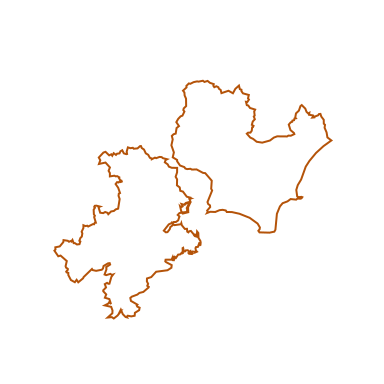 the district of Dytikis Elladas, Dytiki Ellada, Greece, rotated 256°
{"feature_id": "26713481B45081925310995", "entity_name": "Dytikis Elladas", "entity_type": "district", "adm_level": 2, "iso_a3": "GRC", "parent_name": "Greece", "parent_adm1": "Dytiki Ellada", "projection": "albers", "projection_center": [21.426, 38.276], "detail": "fine", "context": "isolated", "style": "outline", "palette": "amber", "viewbox_px": 384, "rotation_deg": 256, "n_neighbors": 0, "source": "geoboundaries", "source_scale": "gbopen_adm2", "svg_char_len": 6039}
<svg xmlns="http://www.w3.org/2000/svg" viewBox="0 0 384 384"><g transform="rotate(256 192 192)"><path d="M298.1,215.2L296.3,212.2L294.8,212.0L292.5,207.8L290.4,208.7L287.4,208.2L284.0,208.8L276.8,207.1L275.1,204.2L273.6,203.4L271.9,204.1L268.4,201.2L268.2,199.3L266.3,196.3L263.6,193.7L259.1,195.3L257.8,192.5L252.6,190.3L252.5,188.1L251.3,186.0L247.7,186.0L242.3,183.3L234.8,184.0L230.3,181.7L226.7,185.3L225.4,185.0L220.6,186.8L218.0,190.6L216.4,191.2L215.4,192.8L214.9,196.1L213.8,197.3L212.8,201.9L207.9,207.3L207.1,209.4L198.2,213.9L190.5,211.4L188.6,211.9L178.5,204.6L176.4,204.8L174.7,206.2L173.0,206.0L170.3,202.2L169.0,202.5L168.0,201.5L168.4,204.9L167.0,209.7L167.7,214.3L167.3,217.4L165.9,220.3L164.2,220.9L162.9,225.8L159.4,232.8L153.0,241.7L145.5,248.0L141.2,249.3L139.5,248.6L138.3,247.0L136.5,247.7L133.8,257.4L133.6,262.3L135.2,263.8L150.3,269.1L156.7,273.8L159.2,277.2L159.8,282.4L161.3,286.0L159.4,291.2L160.1,292.7L159.2,295.9L159.8,297.3L160.3,297.8L160.8,297.1L161.2,294.1L162.3,293.0L168.8,293.7L173.1,296.3L177.7,300.9L189.1,308.5L193.8,313.5L199.9,321.8L204.7,330.7L208.3,339.7L212.2,336.6L217.3,337.0L222.3,336.2L225.0,337.3L226.4,336.4L230.2,337.3L233.9,335.7L236.7,335.5L236.9,334.1L235.9,332.9L235.5,329.2L234.8,328.9L235.1,326.8L236.3,328.2L237.0,328.0L238.6,324.3L240.4,325.0L240.0,323.8L242.1,322.5L245.5,322.1L249.8,319.5L249.1,318.0L245.1,315.4L243.1,311.9L239.3,310.2L238.4,310.6L238.5,309.2L237.0,308.4L237.0,306.7L235.9,306.2L235.7,304.6L234.0,302.2L228.3,302.5L224.6,305.2L223.4,305.3L222.7,301.5L223.4,299.2L222.9,297.7L225.4,288.1L225.0,284.6L223.1,280.1L222.9,272.1L225.1,266.9L228.8,264.1L230.7,261.7L235.3,259.3L236.0,260.7L235.5,263.1L237.0,264.8L240.2,266.0L240.2,266.8L241.3,267.7L242.7,266.3L245.7,268.0L247.4,270.6L250.3,270.2L251.0,271.3L255.0,271.8L256.7,273.2L259.5,268.6L262.3,267.5L263.0,266.2L266.5,266.2L266.0,267.5L267.9,269.6L269.3,269.0L272.4,270.6L275.4,265.3L277.8,264.4L279.3,264.7L280.2,263.3L283.9,263.3L281.6,259.0L277.9,255.6L281.4,251.9L280.8,244.5L284.1,244.5L285.7,243.1L287.3,242.9L288.7,241.2L288.3,239.0L289.9,238.4L291.4,239.2L293.6,235.8L296.0,234.0L295.8,230.7L297.3,229.5L297.5,225.0L298.1,223.7L298.2,220.1L297.4,216.5L298.1,215.2ZM134.6,65.4L135.7,66.3L141.5,76.3L140.3,76.7L138.7,79.9L138.4,85.7L139.3,87.1L141.6,88.3L143.1,93.3L142.9,94.9L141.4,95.0L139.9,90.6L137.7,90.3L133.1,87.2L132.1,88.6L132.3,93.0L130.9,94.2L131.0,95.5L129.1,93.2L123.0,89.7L123.2,88.6L124.4,87.6L123.7,85.1L120.2,85.5L118.1,82.1L117.1,81.9L113.4,84.0L110.5,81.9L108.1,85.9L102.8,86.3L105.3,85.2L104.0,83.8L103.1,79.9L100.1,85.8L96.3,86.2L93.6,85.4L90.6,79.8L90.0,83.9L88.2,85.5L90.1,89.8L92.9,93.5L93.4,94.0L93.1,92.8L95.1,94.5L90.2,95.3L86.8,97.3L86.1,98.6L86.7,98.4L87.5,99.7L86.0,103.0L85.8,106.4L88.6,107.4L90.1,112.1L92.4,113.2L94.0,111.2L95.2,110.9L95.9,111.8L101.1,106.4L104.1,106.5L105.0,108.2L105.7,114.2L106.8,116.5L106.8,120.6L109.9,126.8L110.4,127.1L111.8,125.9L113.5,127.2L116.2,126.6L119.0,127.4L119.3,131.9L123.3,137.9L122.0,149.3L123.5,153.7L126.0,154.6L130.2,149.9L131.1,149.3L132.7,150.0L131.3,155.8L133.1,157.2L130.5,156.9L130.2,157.9L131.7,158.7L131.0,159.6L133.5,158.4L133.5,159.5L132.0,160.6L134.6,163.4L134.3,165.4L135.6,167.4L134.8,167.6L134.9,168.3L139.8,169.3L140.0,169.9L139.2,169.9L136.1,169.1L136.1,171.0L136.9,171.5L136.5,173.8L134.6,175.1L135.1,176.3L133.8,176.4L133.5,173.9L132.8,174.2L131.8,177.0L132.1,177.6L133.0,176.6L134.1,178.2L133.4,179.9L132.5,180.1L132.9,182.4L134.3,181.6L136.7,181.8L137.6,182.6L137.3,184.4L140.7,186.7L140.2,187.8L138.7,187.2L138.3,186.1L138.6,187.4L140.9,188.2L142.4,188.3L146.0,187.2L150.7,188.2L152.4,187.4L147.5,185.8L148.5,184.1L149.3,183.7L149.8,185.0L150.5,183.4L154.5,181.5L154.6,179.9L153.7,178.7L154.7,177.8L157.5,178.2L157.9,176.1L162.2,174.1L164.3,174.1L163.4,173.5L164.1,167.0L166.2,165.5L164.5,165.4L163.2,162.5L161.3,161.4L159.0,158.5L159.2,156.9L161.3,155.3L166.2,161.6L167.3,167.0L166.8,169.1L167.8,171.7L171.3,173.9L173.2,172.6L174.6,174.7L174.5,176.9L173.3,177.8L173.3,183.4L173.7,183.4L174.5,177.6L176.0,176.9L180.9,177.0L179.8,177.7L180.3,179.4L182.9,178.9L181.6,181.1L182.9,183.5L183.0,188.2L185.7,187.8L185.9,189.3L186.4,188.2L187.0,188.9L188.7,185.8L194.6,183.3L196.0,180.9L199.4,181.2L202.1,179.0L207.9,180.6L210.7,179.8L214.7,182.3L219.0,183.4L220.4,178.2L222.2,175.7L224.7,175.1L227.4,172.8L229.4,174.1L229.8,175.8L231.9,171.9L233.2,171.0L233.9,169.0L233.5,165.4L234.3,164.4L233.5,160.8L234.4,160.9L235.4,159.4L238.7,158.5L240.7,156.5L244.8,155.7L246.8,153.9L248.9,153.6L249.1,152.7L247.5,149.7L248.1,145.9L249.2,145.3L249.4,142.9L250.8,140.6L247.0,138.4L244.6,138.2L244.6,137.4L246.0,135.2L249.4,134.4L248.8,132.4L247.0,131.0L247.3,128.5L246.4,127.2L248.6,125.4L246.5,123.4L248.1,122.8L247.6,120.5L251.9,117.8L251.7,115.6L248.0,109.9L245.0,110.7L241.7,108.5L241.5,115.2L235.7,118.3L232.7,116.2L230.3,116.9L227.0,116.1L226.6,120.6L225.6,121.8L225.5,123.2L223.8,125.0L223.2,124.5L220.7,125.3L220.1,126.3L219.1,126.4L218.9,125.1L219.6,124.0L219.0,123.1L219.7,121.7L218.2,119.8L214.0,121.4L208.4,121.9L208.1,120.6L206.1,119.8L202.7,120.1L193.7,116.3L193.6,113.8L192.5,111.6L192.7,108.8L190.7,105.4L192.2,105.0L193.6,102.9L193.0,100.7L194.1,97.9L199.9,97.6L200.1,99.2L201.9,95.9L202.1,94.3L201.2,93.5L200.2,94.0L198.6,92.3L194.1,91.4L192.4,92.0L191.4,91.0L185.5,91.3L185.7,90.2L184.4,89.2L184.8,88.1L183.6,82.9L184.6,82.3L184.7,80.4L186.0,78.6L183.3,77.9L180.1,75.3L178.4,75.6L175.4,74.3L174.4,72.6L171.9,70.9L171.0,71.7L168.6,70.2L168.9,67.7L170.8,65.9L171.0,64.8L174.4,64.4L173.2,63.1L173.8,62.8L173.5,60.6L174.7,59.7L176.4,55.7L174.5,55.0L171.2,50.5L171.4,46.0L169.2,45.6L168.4,44.3L162.0,46.7L162.1,49.1L155.3,53.8L150.6,51.4L149.1,51.5L147.5,52.9L146.6,52.7L145.2,50.7L144.3,50.9L143.5,52.4L141.3,51.9L135.9,53.2L132.8,56.5L134.7,58.8L131.9,59.8L134.6,65.4ZM182.9,183.5L181.5,181.6L180.9,181.3L182.0,182.6L182.7,186.1L182.3,186.9L177.6,183.0L175.8,183.6L175.8,182.9L174.4,182.6L174.0,183.6L178.1,184.5L182.4,188.0L182.9,187.8L182.9,183.5Z" fill="none" stroke="#b45309" stroke-width="2"/></g></svg>